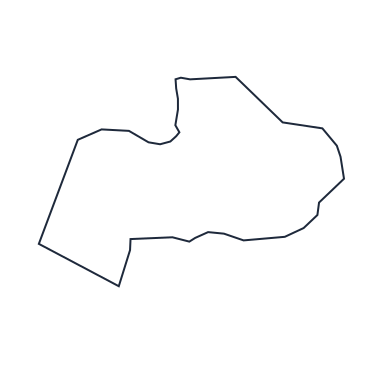 the Municipality of Medvode, rotated 210°
{"feature_id": "SVN-967", "entity_name": "Medvode", "entity_type": "Municipality", "adm_level": 1, "iso_a3": "SVN", "parent_name": "Slovenia", "parent_adm1": "", "projection": "natural_earth1", "projection_center": [14.398, 46.138], "detail": "fine", "context": "isolated", "style": "outline", "palette": "slate", "viewbox_px": 384, "rotation_deg": 210, "n_neighbors": 0, "source": "natural_earth", "source_scale": "10m", "svg_char_len": 589}
<svg xmlns="http://www.w3.org/2000/svg" viewBox="0 0 384 384"><g transform="rotate(210 192 192)"><path d="M186.3,143.0L221.7,120.5L216.6,110.7L208.3,73.8L298.7,70.5L317.0,180.1L301.6,201.0L277.2,213.4L254.5,213.3L243.5,217.4L236.0,224.9L233.6,232.4L232.8,237.4L239.8,241.5L245.4,256.4L250.8,265.7L257.5,273.8L262.6,281.4L258.8,285.4L250.0,288.6L211.8,313.5L148.3,297.6L110.9,312.3L89.7,304.5L81.0,296.8L67.0,279.5L76.7,246.4L71.9,234.8L77.3,216.6L89.2,199.6L123.1,175.9L143.5,171.9L158.0,165.3L166.3,153.8L169.5,147.7L186.3,143.0Z" fill="none" stroke="#1e293b" stroke-width="2"/></g></svg>